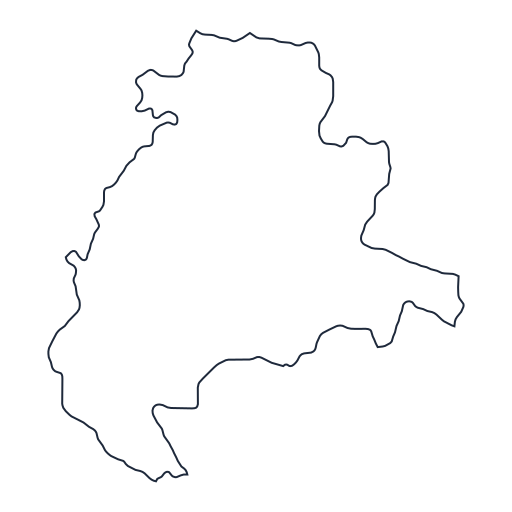 the district of San Francisco de Macorís, Duarte, Dominican Republic
{"feature_id": "3306468B54253052941239", "entity_name": "San Francisco de Macorís", "entity_type": "district", "adm_level": 2, "iso_a3": "DOM", "parent_name": "Dominican Republic", "parent_adm1": "Duarte", "projection": "orthographic", "projection_center": [-70.214, 19.332], "detail": "fine", "context": "isolated", "style": "outline", "palette": "slate", "viewbox_px": 512, "rotation_deg": 0, "n_neighbors": 0, "source": "geoboundaries", "source_scale": "gbopen_adm2", "svg_char_len": 5955}
<svg xmlns="http://www.w3.org/2000/svg" viewBox="0 0 512 512"><path d="M454.4,326.3L454.9,321.7L455.6,319.3L456.9,317.1L461.2,311.8L463.3,307.1L463.6,305.8L463.5,304.3L463.3,303.7L459.5,298.5L458.8,296.9L458.4,295.2L458.2,291.6L458.1,287.1L458.6,276.2L455.2,274.6L452.9,273.9L444.4,273.4L441.9,273.0L437.0,270.8L430.8,269.2L426.6,267.2L421.1,265.9L416.2,263.7L409.9,262.1L402.9,258.7L398.9,256.5L396.0,255.2L392.0,252.9L385.7,249.8L382.6,249.0L374.9,248.6L371.6,248.0L364.7,244.7L363.4,243.8L362.4,242.7L361.6,241.4L361.1,239.8L361.0,238.1L361.3,235.7L363.7,230.1L365.2,224.6L367.2,221.6L372.7,215.7L373.7,214.3L374.4,212.6L374.8,209.1L374.9,200.1L375.1,198.3L375.5,196.6L376.9,194.3L379.4,191.7L383.4,188.1L387.6,184.9L388.5,182.9L389.2,173.9L390.6,168.5L390.4,167.2L389.3,163.8L389.0,162.1L388.7,151.2L388.3,148.6L387.5,146.3L385.7,143.3L384.9,142.2L383.7,141.4L381.6,141.4L377.9,143.1L375.4,143.8L372.7,143.9L369.9,143.7L368.2,143.1L366.7,142.3L362.7,139.0L360.6,137.7L358.9,137.1L356.2,136.7L351.8,136.7L350.1,136.9L348.7,137.5L348.1,138.0L347.3,139.2L346.1,142.8L343.3,145.8L341.5,146.5L340.1,146.4L336.3,144.7L334.6,144.3L326.7,143.7L325.1,143.3L323.7,142.6L322.7,141.6L320.8,138.5L319.5,135.6L319.0,131.1L319.3,125.6L319.7,123.8L320.4,122.2L325.0,116.1L330.2,105.6L332.1,102.2L332.6,100.7L333.2,96.2L333.2,82.1L332.7,78.6L332.0,77.1L330.5,75.3L329.2,74.4L325.8,72.9L321.4,70.3L319.9,68.7L319.4,67.2L319.2,65.6L319.2,57.5L318.8,54.0L318.3,52.4L314.9,45.5L313.9,44.3L312.7,43.4L311.2,42.7L309.6,42.5L307.9,42.5L305.6,43.0L300.8,45.1L299.2,45.4L296.8,45.3L295.2,45.0L291.1,43.1L289.4,42.7L281.4,42.0L278.8,41.5L273.8,39.4L272.1,39.0L268.6,38.7L259.6,38.4L256.4,37.4L249.9,33.0L242.7,37.9L236.5,40.8L235.0,41.2L233.4,41.2L232.0,40.8L228.7,39.3L227.1,38.8L219.7,37.7L214.0,35.3L211.4,34.9L205.1,34.6L202.4,34.2L200.2,33.2L196.2,30.7L191.4,38.3L189.4,43.1L189.0,44.4L189.2,45.8L189.5,46.5L192.0,50.0L192.6,51.3L192.7,52.1L192.4,53.5L191.1,55.4L188.6,58.5L186.6,61.6L185.0,63.5L184.3,65.5L183.6,71.8L182.9,73.2L181.4,75.0L179.3,76.1L176.8,76.6L167.8,76.5L162.5,76.1L160.8,75.7L159.2,75.0L153.3,70.5L151.8,70.0L150.2,69.9L147.9,70.8L142.6,74.8L138.5,77.0L136.9,78.5L136.2,79.8L136.0,82.2L136.5,83.8L137.4,85.1L140.6,89.0L141.5,90.4L142.2,92.9L142.4,95.4L142.2,97.9L141.5,100.4L140.1,102.5L136.9,106.0L136.1,107.3L136.0,108.8L136.6,110.2L137.2,110.7L138.5,111.2L141.5,111.3L144.7,110.6L149.1,108.5L150.4,108.5L151.1,108.7L151.7,109.1L152.4,110.3L152.9,115.1L153.3,116.4L154.2,117.4L156.3,118.0L157.6,117.9L158.9,117.3L161.1,115.2L166.0,112.3L168.3,111.7L170.6,112.1L175.1,114.6L176.6,116.3L177.2,117.7L177.4,120.0L177.2,122.2L176.6,123.5L176.1,124.1L174.7,124.6L172.8,124.3L169.9,122.8L168.4,122.5L166.8,122.6L159.8,125.6L157.0,127.6L154.7,130.2L153.4,132.5L152.9,135.1L152.7,142.0L152.3,143.6L151.5,144.9L149.6,145.9L144.2,146.4L142.6,146.8L141.1,147.6L139.1,149.2L137.4,151.1L136.4,152.5L135.8,154.0L134.8,157.6L134.2,158.8L129.6,162.3L126.4,165.8L123.8,170.7L119.1,176.9L117.4,180.5L115.9,182.6L114.1,184.5L112.1,186.1L109.9,187.1L106.4,188.0L105.2,188.8L104.8,189.4L104.2,190.8L104.0,192.4L104.0,201.4L103.4,204.9L102.4,206.9L100.0,210.5L99.0,211.3L95.5,212.5L94.6,213.6L94.4,214.2L94.7,216.3L96.4,219.3L98.8,224.6L99.0,225.9L98.9,226.7L97.8,228.7L94.9,232.6L94.2,234.1L93.1,238.8L90.9,243.7L89.7,249.4L87.6,254.3L86.9,257.8L86.3,259.1L85.8,259.6L84.5,260.2L83.0,260.0L81.6,259.3L78.8,256.3L76.1,252.0L75.5,251.5L74.2,251.0L72.7,251.1L70.7,252.2L65.8,257.2L66.4,259.5L67.5,261.5L69.1,263.1L73.7,265.7L75.1,267.4L75.8,268.9L76.1,270.5L75.9,272.9L75.6,274.5L73.8,278.4L73.6,280.7L73.9,282.2L75.6,286.3L76.8,294.6L79.3,300.3L79.7,302.7L79.8,305.3L79.5,307.8L79.0,309.4L77.1,312.3L68.5,321.1L64.8,326.0L59.8,329.6L58.0,331.4L56.4,333.5L52.4,341.1L49.0,348.1L48.4,351.4L48.4,353.9L48.8,357.3L50.9,362.2L52.0,366.9L52.6,368.4L53.5,369.7L55.1,371.2L56.5,371.8L60.5,373.1L61.1,373.5L61.9,374.8L62.3,376.4L62.4,378.9L62.2,403.7L62.5,405.4L63.3,407.8L65.8,411.2L69.5,414.8L71.5,416.4L83.5,422.5L89.0,426.8L93.2,429.1L94.9,430.5L95.8,431.7L96.5,433.1L97.6,437.8L98.2,439.4L102.7,445.6L104.9,450.0L105.9,451.4L107.7,453.3L109.7,455.0L111.1,456.0L118.1,459.3L123.2,460.9L124.2,461.7L125.8,464.0L127.9,466.0L135.5,469.9L140.2,471.0L142.5,471.9L144.6,473.3L149.5,478.1L151.5,479.6L153.7,480.7L156.0,481.3L157.2,479.0L158.3,478.3L160.8,477.2L161.8,476.5L164.2,473.4L165.3,472.5L166.5,471.9L167.9,471.8L169.1,472.2L171.9,475.7L173.0,476.5L175.2,477.2L176.7,477.1L180.7,475.4L183.8,474.5L187.3,474.5L186.7,472.2L185.7,470.2L184.2,468.6L181.4,466.5L177.8,460.9L176.2,457.3L174.1,453.2L172.8,450.2L170.6,446.2L169.2,443.3L164.2,436.3L163.6,434.8L162.4,430.1L161.8,428.6L157.1,422.4L153.4,415.4L152.7,413.1L152.5,410.6L153.1,408.2L153.9,406.9L155.0,405.8L156.3,405.0L157.9,404.6L159.6,404.5L162.8,405.1L167.6,407.4L171.1,408.0L192.1,408.4L194.6,408.2L196.1,407.7L197.2,406.5L197.9,404.2L197.8,387.6L198.5,384.1L199.3,382.5L202.9,378.5L214.0,367.5L216.7,365.1L218.9,363.6L225.8,360.2L228.4,359.7L249.6,359.5L253.0,358.8L257.0,357.1L259.3,357.0L261.5,357.7L271.7,362.8L283.2,366.1L284.8,364.8L286.1,364.5L287.2,364.7L289.4,366.0L290.7,366.1L292.2,365.7L294.1,364.3L295.9,362.5L297.4,360.5L299.6,356.3L300.6,355.2L301.8,354.2L304.1,353.4L311.1,352.6L313.3,351.5L314.4,350.5L315.2,349.2L315.7,347.7L316.5,343.8L317.0,342.3L319.9,336.0L321.3,334.2L323.1,332.8L329.3,329.6L336.2,326.3L337.7,325.8L340.2,325.5L342.6,325.8L347.5,328.0L350.9,328.7L355.6,328.9L365.7,328.8L368.2,329.1L369.7,329.7L370.4,330.1L371.2,331.3L372.7,336.3L374.3,339.7L375.8,343.4L377.7,347.1L382.7,346.5L385.1,345.9L390.2,343.1L391.7,341.5L393.2,336.5L395.0,332.3L396.5,326.0L398.7,321.1L400.0,315.5L401.8,311.3L403.2,305.0L404.0,303.7L405.1,302.6L406.4,301.8L408.0,301.4L409.5,301.3L411.7,301.9L412.8,302.8L415.2,306.1L416.4,307.0L417.7,307.7L423.2,309.1L427.3,311.0L432.1,312.1L434.4,313.1L436.5,314.6L441.8,319.6L443.9,321.3L451.6,325.3L454.4,326.3Z" fill="none" stroke="#1e293b" stroke-width="2"/></svg>